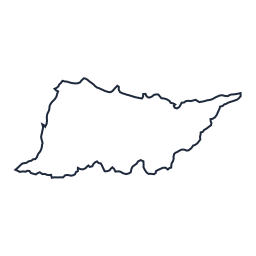 Piracaia, São Paulo, Brazil (Mercator projection)
{"feature_id": "56859067B75407524474731", "entity_name": "Piracaia", "entity_type": "district", "adm_level": 2, "iso_a3": "BRA", "parent_name": "Brazil", "parent_adm1": "São Paulo", "projection": "mercator", "projection_center": [-46.293, -23.043], "detail": "fine", "context": "isolated", "style": "outline", "palette": "slate", "viewbox_px": 256, "rotation_deg": 0, "n_neighbors": 0, "source": "geoboundaries", "source_scale": "gbopen_adm2", "svg_char_len": 3105}
<svg xmlns="http://www.w3.org/2000/svg" viewBox="0 0 256 256"><path d="M15.4,169.8L17.5,170.7L19.7,171.9L22.9,171.4L25.7,171.7L27.3,170.8L29.4,171.0L30.9,173.0L33.4,173.8L35.9,174.4L37.5,173.2L39.8,172.3L42.4,174.1L44.8,173.9L46.9,174.8L48.9,175.1L51.0,174.8L51.8,177.7L54.5,177.3L56.6,177.4L58.2,177.4L60.3,177.3L63.0,177.4L65.3,175.2L67.6,175.0L69.3,175.3L71.2,175.7L73.4,175.2L75.1,174.2L75.9,172.1L77.8,171.2L77.9,167.9L80.3,169.1L82.8,169.4L85.6,168.2L86.9,166.7L88.4,165.5L89.7,166.9L92.3,166.3L93.4,164.0L95.1,162.3L97.0,161.4L98.5,163.0L100.9,163.5L101.9,165.4L103.2,168.2L104.6,171.2L106.7,171.3L109.5,170.4L110.9,168.6L112.4,167.3L114.2,169.1L115.4,171.6L118.5,171.3L120.7,171.8L122.9,173.2L126.2,174.1L128.8,173.4L130.7,172.3L131.5,168.8L132.5,166.7L134.2,165.4L136.6,163.7L138.1,161.4L140.7,160.1L143.4,161.3L143.6,164.4L143.5,167.2L144.9,170.0L146.6,172.5L148.6,173.9L151.0,173.8L154.0,174.2L155.7,173.0L156.0,171.1L158.1,169.9L160.6,168.8L162.8,167.8L165.6,167.7L167.8,169.5L169.5,168.0L171.2,167.6L171.3,165.7L171.6,163.4L173.0,161.1L173.7,158.6L173.5,156.6L174.2,153.9L175.6,152.7L177.6,151.8L179.3,150.7L181.7,149.6L184.3,149.6L186.7,150.6L188.6,150.3L191.3,148.2L193.1,145.6L195.1,144.9L197.3,143.4L199.0,141.2L200.3,139.5L200.0,136.7L200.6,134.4L200.7,132.4L202.8,131.8L204.1,130.0L206.5,128.6L209.1,126.6L211.0,125.3L211.4,123.1L210.7,121.2L210.5,119.1L212.4,118.9L215.0,117.3L216.6,115.1L217.4,113.4L218.3,111.3L219.5,108.7L220.1,106.6L222.5,106.0L224.3,104.4L226.5,103.7L228.1,102.7L230.7,101.8L233.9,100.8L236.7,99.8L238.2,98.9L239.4,97.6L240.6,96.3L240.6,93.1L236.9,93.9L234.6,94.3L231.4,94.5L229.4,95.1L227.8,96.2L225.9,96.0L224.2,95.8L222.2,95.2L219.7,95.5L215.8,97.2L213.4,98.6L211.2,99.6L209.4,100.0L207.1,100.3L204.7,101.1L202.3,101.6L199.4,102.1L197.9,101.3L195.6,99.8L193.6,100.4L190.6,101.1L188.3,100.8L185.9,101.1L184.1,102.5L181.7,102.7L180.5,104.9L179.3,107.0L177.0,108.4L174.7,107.7L173.8,105.8L175.2,104.5L173.2,103.4L170.6,102.8L169.5,101.0L167.2,99.5L164.6,98.6L161.4,98.2L160.1,96.7L158.3,94.5L156.4,94.4L154.1,94.8L151.7,96.7L149.3,97.6L147.5,97.1L146.2,95.6L145.5,93.9L143.2,94.0L143.1,96.6L141.9,98.5L135.7,97.3L128.5,95.1L126.8,94.7L124.8,94.0L122.2,93.2L120.0,92.1L118.7,89.6L118.8,86.8L117.3,85.8L115.8,87.3L113.7,89.7L112.3,91.2L110.6,92.1L108.7,92.1L106.7,91.5L104.6,90.8L102.8,89.9L100.9,89.1L99.1,88.2L97.1,87.6L95.2,86.2L93.6,84.5L91.8,83.1L89.6,81.6L87.4,79.7L85.5,78.6L83.8,78.3L81.5,80.5L80.1,82.3L78.1,83.2L75.9,83.4L74.1,83.3L72.3,83.1L70.0,82.6L67.3,81.7L64.5,81.4L62.5,80.8L60.7,83.2L59.2,84.5L58.4,86.4L56.7,87.8L54.6,88.8L56.2,90.5L58.1,91.4L57.2,93.8L56.4,96.7L55.0,98.9L53.8,100.2L52.1,101.8L50.4,104.2L49.6,106.0L49.4,108.3L49.0,110.5L47.3,113.9L46.8,117.2L47.0,120.8L46.6,123.8L45.2,126.7L44.1,125.3L42.3,124.3L43.1,127.0L42.8,128.8L42.3,131.2L41.9,133.3L41.4,135.1L41.1,137.1L41.5,139.1L42.6,143.1L42.0,144.9L41.9,146.8L41.2,149.3L39.9,151.9L38.7,153.2L37.7,155.0L36.8,157.4L35.3,159.1L33.1,159.3L31.2,160.8L28.6,161.3L26.5,162.8L23.9,163.2L22.0,163.7L19.6,166.0L17.5,168.0L15.4,169.8Z" fill="none" stroke="#1e293b" stroke-width="2"/></svg>